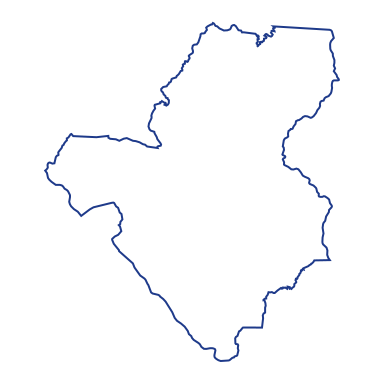 Moatize, Tete, Mozambique (Mercator projection)
{"feature_id": "85939544B94790467869630", "entity_name": "Moatize", "entity_type": "district", "adm_level": 2, "iso_a3": "MOZ", "parent_name": "Mozambique", "parent_adm1": "Tete", "projection": "mercator", "projection_center": [34.056, -16.014], "detail": "fine", "context": "isolated", "style": "outline", "palette": "blue", "viewbox_px": 384, "rotation_deg": 0, "n_neighbors": 0, "source": "geoboundaries", "source_scale": "gbopen_adm2", "svg_char_len": 5918}
<svg xmlns="http://www.w3.org/2000/svg" viewBox="0 0 384 384"><path d="M159.9,296.4L163.2,299.0L165.6,301.6L172.3,312.3L174.7,317.9L177.0,320.8L181.0,323.5L184.7,326.7L187.8,331.0L188.9,334.1L191.3,336.1L192.0,337.9L193.7,339.9L198.6,343.1L199.9,344.3L201.4,346.9L203.9,348.8L206.3,348.9L210.1,348.2L212.2,348.2L213.7,348.5L215.1,349.3L215.4,350.5L214.4,355.2L214.5,356.8L215.0,357.7L216.3,358.9L218.4,360.2L220.7,361.0L228.4,360.5L229.5,360.2L232.4,357.8L234.0,357.4L234.5,356.5L236.7,355.8L237.2,355.4L238.4,350.5L237.8,348.2L238.2,345.2L237.7,344.3L235.9,344.0L235.4,343.3L235.2,338.3L235.9,337.0L237.5,335.9L239.0,331.4L240.3,330.7L242.4,328.1L242.9,327.6L244.0,327.5L262.0,327.6L263.1,318.2L262.8,315.4L263.6,313.5L265.1,312.6L265.1,307.6L265.7,305.8L265.4,303.1L264.4,300.2L264.1,299.9L263.5,300.1L263.5,299.8L264.8,298.7L266.2,298.5L266.2,296.7L267.7,294.8L268.5,292.2L270.1,292.4L271.9,292.1L273.6,293.0L274.7,293.0L277.5,290.5L281.1,287.9L281.8,288.2L281.8,288.7L282.1,288.7L282.8,288.4L283.1,287.5L284.4,287.8L285.1,287.5L287.3,288.9L287.8,288.0L287.4,287.5L287.5,286.6L289.8,287.2L289.9,288.7L290.8,288.4L291.5,288.9L292.4,287.7L293.7,286.9L294.3,285.9L294.3,284.1L296.2,282.4L296.1,281.3L295.5,280.3L295.9,278.7L296.3,278.5L297.0,278.9L297.4,278.5L297.7,277.0L299.3,275.0L299.3,274.0L300.3,273.3L300.4,272.6L301.0,271.6L300.9,270.5L301.3,270.1L302.2,270.3L302.7,269.0L303.6,269.4L303.4,268.7L303.6,268.2L308.4,266.1L309.3,265.2L310.9,264.4L311.2,263.7L311.9,263.5L313.4,262.0L314.3,260.4L329.8,260.1L328.3,257.9L327.2,254.9L327.4,250.4L326.5,247.6L323.1,244.4L322.5,243.0L322.4,241.6L322.6,237.4L323.5,233.5L322.6,227.8L323.1,224.1L323.6,222.8L325.2,220.8L326.1,216.5L328.8,212.2L329.1,209.9L331.5,207.4L331.9,206.4L331.7,205.5L330.0,203.2L329.1,199.5L327.6,198.1L325.0,196.4L323.8,196.2L322.2,196.9L320.5,196.9L319.1,196.5L318.7,195.9L318.8,193.7L317.1,191.9L316.3,188.5L315.8,187.7L313.5,185.5L309.9,184.0L309.3,183.4L309.1,182.7L309.7,180.3L309.2,179.0L308.2,178.2L304.7,176.7L302.8,175.6L300.8,172.3L298.4,169.3L296.4,168.6L293.4,169.5L291.3,169.3L288.3,166.9L284.4,165.0L284.0,164.5L284.1,162.2L282.8,159.4L283.2,158.6L285.1,157.5L285.3,156.7L285.0,156.1L282.6,154.9L282.4,154.5L284.0,149.9L283.7,147.5L282.8,146.5L283.8,140.3L284.8,138.6L287.5,137.2L288.2,136.4L288.0,133.7L288.5,131.0L290.1,129.9L290.7,129.0L291.7,129.1L292.6,128.7L293.6,126.4L295.5,124.0L296.0,121.2L297.9,120.2L299.0,120.1L301.5,118.5L303.1,116.9L305.0,116.1L307.5,116.4L310.6,117.8L311.6,117.6L313.6,116.2L316.1,113.0L317.4,110.1L319.4,107.7L320.1,105.9L319.9,103.9L320.5,101.8L321.5,101.0L323.6,100.6L324.6,98.2L325.9,97.2L328.6,96.1L330.8,93.4L331.4,91.8L332.1,87.9L331.8,85.9L331.9,83.9L332.3,82.0L332.9,80.9L333.9,80.4L338.0,80.4L338.8,80.0L338.8,79.3L337.1,76.9L336.6,75.0L333.8,71.2L335.1,68.4L333.8,65.7L334.4,62.9L334.4,60.0L332.9,56.0L332.8,53.5L330.8,50.4L330.3,48.9L330.1,44.7L330.3,43.0L331.1,41.1L333.8,38.0L331.9,31.3L331.0,30.3L329.7,29.8L273.6,26.4L274.9,27.4L274.7,27.9L273.4,27.9L273.1,28.3L273.9,30.6L274.4,30.9L274.5,31.3L272.4,30.7L271.6,30.9L271.5,31.9L271.0,32.7L272.7,34.6L272.0,35.9L271.0,36.6L268.4,35.7L267.5,34.6L266.2,34.0L265.6,34.2L264.4,35.6L266.3,36.6L266.5,37.5L266.1,38.2L264.0,38.7L263.9,40.8L262.2,41.6L262.2,42.2L261.3,42.4L260.6,41.9L259.9,42.1L260.1,44.1L258.9,44.7L258.0,46.0L257.0,46.7L257.6,46.0L257.7,44.6L256.7,43.7L256.6,43.1L257.8,41.8L257.5,39.3L258.7,39.1L258.7,38.4L257.6,36.9L258.5,37.0L258.7,36.3L257.8,35.4L256.8,35.4L255.5,33.8L243.6,32.3L242.0,32.4L241.1,30.6L238.5,30.2L235.8,26.1L234.2,25.0L233.2,25.1L231.7,25.9L230.6,28.6L229.9,29.4L227.3,30.3L223.9,30.5L219.4,28.4L217.3,26.4L215.5,25.9L214.0,23.6L212.9,23.0L211.9,24.5L211.0,24.5L207.5,26.4L206.2,27.6L206.9,29.9L205.3,31.9L205.1,32.7L203.9,33.4L201.6,33.5L200.6,34.3L200.4,36.3L198.3,42.4L196.8,44.4L194.2,44.7L192.8,45.7L192.2,48.3L193.0,51.1L192.9,52.5L192.5,53.1L189.4,55.1L188.8,55.8L188.9,56.5L189.5,57.4L189.5,58.6L188.7,59.5L187.9,61.5L187.2,61.9L186.0,61.2L185.1,61.2L184.8,62.1L184.9,63.7L183.3,64.2L182.8,64.7L183.2,66.2L181.8,68.2L182.4,69.8L182.3,70.6L180.7,71.0L178.9,74.0L177.4,75.5L176.8,75.8L176.2,77.4L172.3,78.6L171.6,79.1L170.9,81.6L170.2,82.3L169.1,82.5L168.6,84.0L167.7,84.7L166.7,86.3L163.2,87.0L161.2,89.0L161.2,90.3L161.8,91.5L162.7,92.1L163.5,93.6L163.6,94.4L165.3,95.8L165.8,97.5L166.2,97.9L167.6,98.1L167.8,99.2L168.9,100.2L168.8,102.9L168.0,104.5L166.4,105.6L164.6,104.8L165.8,103.6L165.5,102.8L164.3,102.7L161.9,101.1L161.3,101.9L160.2,102.1L160.0,102.7L160.2,103.3L154.8,104.8L154.5,105.7L155.1,108.6L153.5,110.7L152.0,113.5L151.3,116.0L151.6,116.7L151.5,118.2L149.0,123.4L148.5,126.5L149.5,129.3L150.7,130.6L154.3,131.8L154.6,133.3L156.7,137.0L157.4,139.2L160.6,143.4L161.1,144.6L160.7,145.7L158.2,146.2L157.5,146.6L157.2,147.2L157.6,148.0L147.1,146.5L145.1,144.7L142.9,144.2L139.6,142.3L135.7,141.1L133.0,140.8L126.8,138.1L123.7,138.7L119.3,140.8L115.9,139.3L110.2,138.8L108.4,137.7L108.3,135.9L96.4,137.2L73.2,136.1L71.4,134.0L70.6,134.3L68.4,137.5L66.8,138.4L66.9,140.4L65.8,141.3L64.2,143.4L63.6,144.9L62.4,145.6L61.7,147.9L58.6,151.8L58.2,152.8L58.5,154.1L58.4,155.1L56.8,155.8L55.8,157.2L54.4,163.3L52.4,163.6L49.8,162.5L48.7,162.8L48.0,163.5L47.5,165.0L47.8,167.3L47.6,168.0L46.5,169.5L45.2,170.6L47.0,173.1L48.0,177.9L49.2,179.6L51.5,181.8L55.8,184.9L59.9,184.9L61.8,185.4L63.0,186.4L64.6,188.7L66.8,190.0L68.0,191.2L69.8,194.7L70.0,195.5L70.0,197.1L69.2,201.8L69.9,204.2L71.1,206.3L73.9,209.1L77.8,211.7L81.2,215.9L89.8,209.4L93.5,207.3L111.8,202.8L113.4,202.6L114.2,203.0L116.1,206.4L118.1,207.8L119.7,212.5L121.5,214.0L122.4,219.4L120.4,221.9L120.2,224.1L118.8,225.1L120.0,226.4L121.3,231.2L118.2,234.8L114.8,236.5L112.2,238.9L112.1,239.7L113.8,243.8L118.9,250.1L119.1,251.2L132.9,263.4L134.5,267.5L140.2,275.5L144.4,278.5L145.5,279.7L147.5,283.9L148.3,285.0L151.1,292.4L152.6,293.5L158.4,294.9L159.6,295.7L159.9,296.4Z" fill="none" stroke="#1e3a8a" stroke-width="2"/></svg>